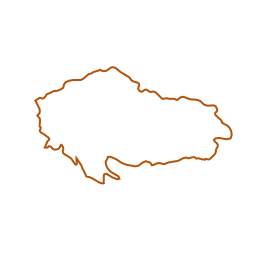 Phôngsali, Equal Earth projection, rotated 120°
{"feature_id": "LAO-3291", "entity_name": "Phôngsali", "entity_type": "Province", "adm_level": 1, "iso_a3": "LAO", "parent_name": "Laos", "parent_adm1": "", "projection": "equal_earth", "projection_center": [102.249, 21.683], "detail": "fine", "context": "isolated", "style": "outline", "palette": "amber", "viewbox_px": 256, "rotation_deg": 120, "n_neighbors": 0, "source": "natural_earth", "source_scale": "10m", "svg_char_len": 2851}
<svg xmlns="http://www.w3.org/2000/svg" viewBox="0 0 256 256"><g transform="rotate(120 128 128)"><path d="M85.5,34.1L85.9,34.2L88.4,36.9L91.2,44.5L93.4,47.1L95.5,47.6L96.3,46.1L96.7,43.8L97.6,41.8L99.1,41.1L102.8,40.9L104.7,40.0L106.4,39.7L108.1,39.9L113.4,41.5L114.2,41.8L115.0,42.5L115.4,43.5L115.5,44.5L116.1,45.5L117.0,45.5L117.6,47.1L118.1,48.2L119.0,51.8L119.2,52.3L120.0,53.0L120.3,53.5L120.3,54.1L120.0,55.5L120.1,56.2L121.4,57.9L122.8,59.2L124.1,60.7L124.6,63.0L126.3,64.9L131.4,68.2L137.6,75.7L140.3,77.8L141.1,78.7L141.7,79.9L142.5,82.8L143.1,84.1L144.9,85.8L147.0,87.3L148.3,88.8L147.6,90.2L147.3,90.6L147.1,90.9L147.0,91.3L146.9,91.8L147.9,96.1L151.2,98.3L155.0,99.8L157.6,102.6L160.6,111.0L161.4,115.7L161.0,122.5L161.2,125.1L161.6,127.7L162.1,129.5L162.8,130.7L163.0,130.9L163.4,130.6L167.9,130.5L168.8,130.3L171.5,128.0L173.4,124.9L174.5,121.2L174.7,112.0L176.2,110.1L177.9,111.9L178.6,117.1L178.4,121.7L178.6,123.9L179.7,125.3L181.2,125.2L187.4,121.8L187.9,121.3L188.3,121.6L189.0,123.1L189.4,124.3L189.5,125.7L189.5,133.6L189.7,136.4L190.6,138.9L190.7,139.2L190.7,139.6L190.7,139.9L190.6,140.2L188.9,142.3L185.7,147.4L183.8,149.5L179.9,157.5L181.2,156.8L183.0,155.4L184.6,154.4L185.8,154.7L185.7,156.0L182.9,161.8L182.5,164.2L182.5,169.5L182.2,171.4L181.1,172.7L178.2,173.7L176.8,175.0L175.8,177.2L176.5,177.7L178.1,177.5L180.0,177.6L181.3,178.2L182.4,179.2L183.3,180.5L183.7,181.8L183.6,182.9L182.8,185.2L182.8,186.3L183.4,187.5L184.0,187.7L184.7,187.7L185.6,188.4L186.5,190.3L179.6,191.1L178.2,190.5L176.9,190.6L176.0,192.7L175.4,198.2L175.4,201.2L174.6,203.1L172.1,203.4L171.3,203.7L171.0,204.6L170.9,205.3L165.1,208.2L163.9,209.2L162.5,212.7L159.6,212.1L157.5,212.8L155.6,214.3L150.6,221.9L145.9,219.5L145.5,217.3L144.5,215.9L142.0,215.3L139.4,215.2L136.6,213.0L133.4,211.0L131.3,208.0L128.3,205.6L125.4,204.2L122.4,205.2L119.5,204.9L116.6,202.7L114.1,199.8L110.1,193.0L107.4,191.2L100.7,188.9L99.8,187.7L98.4,186.6L96.9,186.0L93.0,182.2L91.4,181.1L91.5,180.8L91.6,179.6L91.3,178.1L90.6,176.9L89.7,175.8L88.6,175.0L84.1,172.9L82.9,171.5L82.3,169.6L82.3,167.6L83.2,163.3L83.5,151.9L84.8,149.4L85.1,147.3L84.0,142.6L84.1,140.7L85.4,139.7L87.3,139.4L89.0,138.7L90.1,136.7L89.9,134.4L88.7,133.5L87.1,132.9L85.8,131.8L85.5,130.6L85.8,128.1L85.7,127.0L85.2,126.1L83.8,124.5L83.5,123.8L83.4,122.1L83.7,120.0L85.5,113.6L85.4,112.4L83.3,110.0L82.9,109.2L81.8,106.3L79.8,102.9L79.6,102.0L79.5,101.1L79.4,100.2L78.8,99.2L75.7,98.1L73.9,96.6L73.1,95.0L72.5,90.4L71.8,88.0L69.5,83.2L68.7,80.8L68.6,78.3L69.2,76.3L69.7,74.0L69.2,71.0L68.1,69.0L65.5,65.0L65.3,63.0L66.7,60.9L67.4,60.0L68.3,59.4L69.4,59.4L70.4,59.8L71.5,60.0L72.6,59.3L73.1,58.4L74.2,53.7L74.5,51.8L74.6,51.3L76.1,49.4L76.3,49.3L76.5,47.0L76.3,44.7L76.4,42.4L77.2,39.9L78.4,38.0L80.2,36.1L82.3,34.7L84.7,34.1L85.5,34.1Z" fill="none" stroke="#b45309" stroke-width="2"/></g></svg>